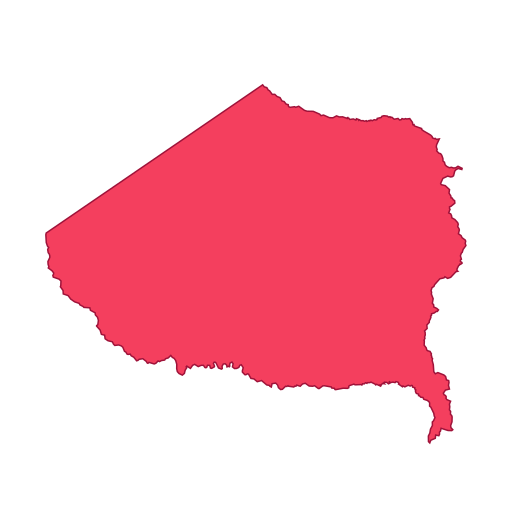 Ñorquín, Neuquén, Argentina, rotated 185°
{"feature_id": "61730980B83392374898421", "entity_name": "Ñorquín", "entity_type": "district", "adm_level": 2, "iso_a3": "ARG", "parent_name": "Argentina", "parent_adm1": "Neuquén", "projection": "mercator", "projection_center": [-70.939, -37.623], "detail": "fine", "context": "isolated", "style": "filled", "palette": "rose", "viewbox_px": 512, "rotation_deg": 185, "n_neighbors": 0, "source": "geoboundaries", "source_scale": "gbopen_adm2", "svg_char_len": 5949}
<svg xmlns="http://www.w3.org/2000/svg" viewBox="0 0 512 512"><g transform="rotate(185 256 256)"><path d="M66.6,84.9L65.8,87.7L61.5,90.0L61.4,93.3L58.2,92.9L57.6,94.5L57.9,96.5L57.0,97.6L56.6,100.5L49.5,98.9L45.8,99.1L44.8,100.1L46.9,102.1L47.3,104.1L46.3,107.9L46.6,112.8L47.2,114.2L48.5,115.3L48.6,118.2L49.9,119.6L49.8,122.7L50.4,125.3L49.5,128.3L53.4,129.6L54.4,130.9L54.2,132.2L55.0,133.5L56.6,134.2L57.4,135.7L55.6,138.9L51.7,140.3L53.0,144.0L52.7,146.8L53.2,148.7L55.5,149.2L56.6,152.5L58.5,153.9L64.7,155.7L67.1,154.3L68.8,156.2L69.9,163.2L71.4,167.3L71.2,169.3L72.2,170.3L72.2,171.5L72.9,172.5L72.7,173.8L74.3,176.1L76.8,176.6L77.8,177.4L78.4,179.3L80.7,181.8L80.9,186.2L81.3,186.7L80.5,188.8L81.0,189.9L80.5,192.1L80.9,194.8L81.6,196.0L79.2,198.7L79.8,202.1L77.6,205.0L77.7,206.6L76.9,208.4L76.4,210.4L76.8,211.3L76.0,212.3L76.1,213.8L73.4,214.8L71.6,216.5L70.5,216.6L69.5,218.2L71.4,219.6L74.4,220.7L74.8,222.9L76.2,224.3L75.8,228.9L78.0,233.4L77.9,235.2L78.6,236.7L77.9,239.8L76.1,241.2L75.6,243.0L70.9,249.3L66.8,250.6L66.0,251.8L63.2,250.4L60.2,251.7L55.5,257.7L53.6,258.4L54.5,259.0L54.6,260.7L53.3,264.1L52.4,264.8L52.3,265.6L51.4,265.6L50.1,266.7L50.3,267.5L51.9,268.4L52.0,269.8L51.1,270.7L52.4,274.0L51.7,276.7L50.9,277.6L50.2,280.7L47.8,284.7L48.7,286.9L48.4,289.0L48.9,290.1L52.3,292.2L53.5,294.2L56.3,295.8L55.7,299.6L56.1,300.8L57.6,302.8L57.3,305.3L58.0,306.8L61.1,309.7L64.2,311.1L64.7,313.2L65.7,314.9L67.8,315.7L66.8,319.4L67.3,320.0L67.5,321.9L66.1,322.5L62.5,326.0L63.0,328.5L64.4,329.2L65.7,330.9L66.8,331.0L67.1,332.7L69.2,335.5L69.0,339.0L73.6,342.6L77.7,343.2L78.4,344.4L76.6,349.6L72.0,352.3L69.0,351.7L67.4,352.1L66.2,353.1L65.4,357.9L64.3,359.4L62.2,360.8L58.5,360.1L58.3,361.3L62.6,363.0L64.9,361.2L67.0,360.9L69.0,361.4L71.2,360.8L74.0,362.0L75.6,363.4L76.4,365.8L78.0,366.9L78.3,369.4L79.7,372.5L81.0,374.0L82.9,374.4L85.2,376.5L84.8,377.9L85.9,380.4L85.8,382.5L83.6,388.6L86.4,387.9L87.7,388.8L88.5,388.4L90.5,389.1L91.0,390.4L92.6,391.7L100.0,395.2L101.9,396.4L102.1,397.4L108.9,399.2L109.9,399.7L110.0,400.7L111.2,400.5L111.8,402.8L114.8,406.3L117.9,405.6L119.1,405.9L120.4,405.2L122.5,405.6L123.4,404.4L124.8,404.0L126.5,405.4L130.2,404.3L132.8,406.1L134.2,405.7L134.6,406.4L136.2,406.0L137.3,406.8L140.8,406.9L142.7,406.2L143.4,404.9L147.3,403.6L147.3,402.5L148.5,401.9L150.1,402.1L152.0,400.9L153.4,401.4L154.4,400.5L155.0,400.9L157.3,399.7L157.9,400.4L159.7,399.7L161.1,400.2L163.2,399.9L164.7,400.7L165.4,400.2L165.5,400.9L167.9,401.5L167.9,400.5L168.4,400.2L171.0,401.0L174.5,400.2L175.7,401.5L176.8,401.0L176.9,401.8L177.9,401.2L181.8,402.2L185.1,401.8L188.0,402.6L191.4,400.4L194.9,400.2L201.0,402.3L203.5,401.5L205.0,402.9L211.6,405.1L217.7,404.7L220.4,405.3L226.5,408.9L229.4,407.6L230.5,408.1L234.9,407.1L236.1,407.4L236.8,408.2L237.1,409.6L239.2,409.9L241.4,412.3L243.6,412.7L245.9,415.9L248.9,416.7L251.4,418.7L253.9,418.4L256.9,421.8L258.3,422.4L259.9,424.7L262.5,425.2L264.3,427.1L467.0,260.6L467.2,258.8L466.1,251.1L464.6,247.7L463.3,246.4L464.1,244.4L463.3,241.2L462.1,239.9L461.4,238.0L461.3,236.5L462.8,232.4L462.4,229.6L461.4,227.2L461.9,226.0L457.9,223.5L456.1,221.5L456.1,220.3L456.7,219.0L456.1,217.3L450.2,215.8L448.1,214.1L447.9,209.6L448.2,208.3L445.2,204.8L444.7,201.4L439.7,200.2L436.8,196.9L432.6,194.5L428.0,193.4L427.2,192.0L423.8,190.6L423.0,189.8L417.0,189.9L416.2,187.5L411.3,185.4L410.9,183.4L408.5,181.1L407.4,178.1L407.6,173.7L408.7,172.8L408.7,172.3L404.8,168.6L403.2,164.5L399.9,163.9L399.1,160.4L396.1,158.7L391.6,158.0L390.3,155.8L388.9,154.6L385.1,155.4L382.3,154.7L380.7,153.5L378.7,149.6L377.2,148.9L376.0,147.1L374.9,146.8L372.8,147.3L371.6,145.7L368.9,144.5L365.8,141.2L364.5,141.7L363.4,142.9L359.8,143.8L356.2,141.5L355.0,139.9L354.3,139.7L353.3,140.7L348.0,139.6L346.4,140.4L344.4,142.9L342.9,142.4L341.1,143.6L337.9,144.4L337.2,145.8L334.6,146.8L332.2,149.5L330.5,147.7L328.6,146.9L326.9,144.9L325.5,141.2L325.2,136.9L324.3,134.0L322.4,132.2L319.0,130.9L317.1,132.8L316.6,136.1L315.3,138.5L315.9,139.5L315.3,140.3L311.5,138.3L309.6,141.6L307.6,142.7L303.9,140.8L301.1,142.3L298.8,142.5L297.2,140.5L296.2,140.3L295.4,140.8L294.8,142.9L293.4,143.0L292.6,143.0L291.6,140.4L290.4,140.2L287.9,141.9L287.7,142.6L289.1,145.4L288.5,146.5L287.6,146.7L286.5,146.0L283.6,141.2L280.6,140.3L279.8,140.9L280.2,143.2L279.2,145.5L277.3,146.0L275.8,144.8L275.2,143.0L273.9,143.8L273.0,143.3L272.5,144.0L272.8,145.6L272.5,147.1L270.7,148.2L269.4,146.7L269.8,143.5L267.6,142.0L265.5,142.3L263.4,143.5L262.7,145.6L261.2,146.4L259.0,143.6L259.6,140.4L259.4,139.1L256.8,136.8L255.8,136.8L254.2,137.9L253.1,137.6L250.4,133.6L247.4,133.4L243.8,130.9L239.6,132.4L234.1,128.5L231.2,128.2L230.8,127.4L229.3,126.8L228.9,130.2L225.3,131.1L223.2,129.3L222.2,126.8L219.9,125.1L218.1,125.5L215.2,128.8L213.9,128.7L212.8,129.6L212.2,129.1L206.9,128.8L206.2,129.7L204.8,129.8L204.2,130.9L200.6,130.1L198.5,132.6L195.8,133.5L191.7,131.1L188.1,131.2L186.4,131.9L182.3,129.4L181.4,129.5L178.2,132.4L176.6,132.7L169.6,132.1L169.1,131.1L166.3,131.0L165.7,129.9L165.0,129.8L157.6,131.9L153.4,132.1L152.1,132.8L152.2,134.3L151.7,135.0L147.3,136.9L146.1,136.3L140.0,137.1L139.3,136.7L138.7,138.0L137.1,138.0L135.8,139.3L134.4,138.8L134.1,139.5L131.4,139.8L130.5,140.4L126.3,138.8L125.5,138.0L124.6,138.7L120.5,137.2L120.3,137.7L120.9,138.4L119.8,138.6L119.0,140.0L116.8,139.9L117.7,140.8L117.1,141.5L114.7,141.5L112.9,140.2L111.7,140.9L112.4,142.0L112.1,142.4L111.0,141.6L108.6,142.3L106.4,142.0L105.6,143.1L103.4,142.6L102.5,141.3L102.8,140.8L98.7,138.5L98.3,139.3L96.3,138.6L93.1,140.5L91.1,139.9L89.6,140.7L89.0,140.5L88.5,139.0L86.3,138.6L86.3,137.5L85.1,136.5L85.5,135.6L85.1,134.4L84.3,133.1L82.0,132.5L81.9,131.1L81.0,131.0L79.6,129.7L77.3,129.6L76.4,127.9L72.9,127.1L71.1,126.0L70.2,124.7L70.0,121.6L68.6,120.6L65.2,114.8L64.5,112.1L63.6,110.7L64.8,107.3L65.9,106.0L65.5,102.5L67.1,98.7L67.4,94.7L68.6,91.7L68.0,86.1L66.6,84.9Z" fill="#f43f5e" stroke="#9f1239" stroke-width="1.5"/></g></svg>